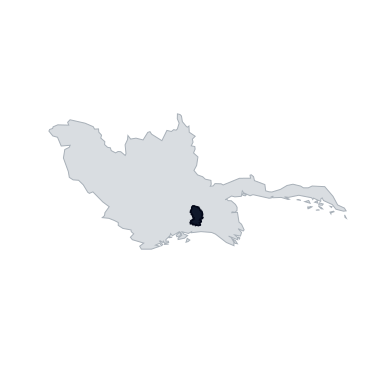 location of Pyay, Bago, Myanmar, rotated 288°
{"feature_id": "60261553B730883612766", "entity_name": "Pyay", "entity_type": "district", "adm_level": 2, "iso_a3": "MMR", "parent_name": "Myanmar", "parent_adm1": "Bago", "projection": "mercator", "projection_center": [95.274, 18.774], "detail": "fine", "context": "in_parent", "style": "filled", "palette": "ink", "viewbox_px": 384, "rotation_deg": 288, "n_neighbors": 0, "source": "geoboundaries", "source_scale": "gbopen_adm2", "svg_char_len": 7406}
<svg xmlns="http://www.w3.org/2000/svg" viewBox="0 0 384 384"><g transform="rotate(288 192 192)"><path d="M246.0,177.8L242.4,176.0L239.7,177.6L235.7,177.0L236.1,180.6L233.8,181.7L229.6,181.4L227.2,186.8L218.7,188.2L213.1,187.2L210.0,192.0L209.8,197.5L208.3,200.7L208.9,206.4L205.3,207.9L203.1,207.6L204.3,210.2L207.1,211.3L208.8,217.2L208.3,219.4L219.7,232.9L223.2,243.4L225.9,242.0L226.7,243.0L225.6,245.8L222.1,247.9L221.6,259.0L215.9,261.7L216.0,265.3L216.7,268.0L221.8,275.3L227.5,280.3L230.6,285.6L231.2,293.4L230.4,296.7L231.9,301.3L234.8,304.4L238.1,316.6L231.5,327.4L224.7,334.5L223.8,341.9L221.7,344.4L220.6,342.1L220.1,334.2L223.4,329.3L224.5,319.7L226.6,317.6L225.4,316.7L222.8,317.3L223.7,309.5L222.2,309.2L223.5,307.6L221.9,294.6L216.7,285.4L216.0,281.4L215.2,286.8L214.6,285.7L214.4,278.5L211.5,270.6L211.8,269.9L213.2,270.6L211.9,268.8L210.8,269.2L209.9,267.2L208.3,250.8L206.4,248.4L207.2,241.3L208.6,239.5L203.1,240.2L200.6,234.2L200.4,230.9L194.9,225.9L195.8,227.5L194.9,229.1L195.8,232.0L193.6,237.2L191.4,239.6L188.4,240.5L186.0,239.1L185.5,236.3L184.6,236.2L186.7,241.5L177.9,246.0L176.6,249.1L172.1,253.3L170.7,252.7L171.4,247.2L168.8,251.6L165.1,251.7L164.4,245.8L162.9,249.2L160.7,250.3L161.4,240.4L160.8,243.3L157.3,247.2L153.9,248.5L154.6,240.3L159.2,227.4L159.6,223.2L157.1,212.8L153.1,204.0L154.2,203.9L151.5,201.4L151.1,194.9L149.5,197.2L149.3,201.3L145.8,199.2L142.5,193.5L143.8,193.0L147.7,195.7L149.8,194.2L150.4,192.3L144.3,186.8L145.8,184.5L143.9,184.6L138.7,181.9L137.2,182.4L137.9,184.7L136.8,185.4L134.8,181.8L136.3,180.0L135.0,180.0L135.8,176.8L135.3,176.3L132.9,180.5L131.5,179.5L133.1,177.4L132.5,176.2L130.2,173.7L130.5,178.1L125.1,171.1L122.0,161.5L124.3,159.0L128.5,161.9L128.2,150.0L129.9,147.4L134.2,149.5L135.5,146.5L137.1,145.7L136.0,137.5L137.4,132.2L140.2,131.3L140.9,126.9L141.3,121.1L139.9,114.6L142.5,116.1L145.5,115.6L152.4,117.8L155.0,110.2L161.5,97.7L159.0,94.8L159.5,93.0L165.2,86.4L168.1,80.5L166.8,75.2L168.0,70.8L173.3,68.0L184.6,59.2L193.1,57.9L196.5,61.4L198.8,61.7L195.3,53.4L202.5,47.2L202.3,42.3L205.7,37.1L207.5,37.3L209.3,39.8L211.1,39.8L214.4,43.6L217.5,54.1L219.9,52.2L223.0,53.7L224.4,69.0L223.6,77.9L221.7,79.9L223.1,83.6L220.1,84.9L218.1,88.4L215.1,88.6L213.0,93.5L210.1,94.2L208.4,97.9L208.8,100.7L206.4,102.4L205.6,107.2L207.7,109.2L208.3,111.8L206.1,117.2L208.0,117.4L216.2,113.8L222.0,114.5L225.9,113.6L223.4,117.3L225.9,122.1L226.4,129.4L235.0,131.5L236.4,133.4L234.5,135.7L231.5,147.5L242.8,149.1L243.2,153.7L245.6,155.3L245.9,157.8L247.5,158.6L253.5,158.5L257.1,155.4L261.8,154.0L262.0,156.6L261.0,158.5L255.9,161.1L252.5,166.5L252.3,167.7L253.8,168.7L248.0,170.9L246.0,177.8ZM146.0,190.4L149.6,192.5L148.9,194.1L146.6,194.2L144.8,191.4L146.0,190.4ZM217.7,302.3L220.0,305.6L217.8,307.8L217.7,302.3ZM145.6,204.8L143.7,203.6L142.4,201.8L146.4,201.8L145.6,204.8ZM221.0,316.3L221.1,320.5L219.7,320.1L218.8,316.5L221.0,316.3ZM159.2,248.4L156.8,251.2L156.5,248.8L159.8,245.4L159.2,248.4ZM206.2,244.6L204.8,243.8L204.6,241.3L205.7,240.5L206.6,241.8L206.2,244.6ZM216.3,321.5L216.0,320.1L217.6,316.6L217.3,319.6L216.3,321.5ZM215.5,329.4L217.5,332.6L217.1,333.2L215.3,330.7L214.1,330.9L215.5,329.4ZM222.4,313.8L220.3,314.8L220.2,311.8L222.4,313.8ZM217.4,344.2L214.7,346.9L215.1,345.4L217.4,344.2ZM134.2,182.3L135.2,185.9L133.5,181.6L134.2,182.3ZM217.8,295.6L217.7,298.2L217.0,293.9L217.8,295.6ZM142.5,184.8L142.8,187.1L141.2,183.9L142.5,184.8ZM215.0,310.7L213.5,309.4L214.0,308.5L214.8,308.7L215.0,310.7ZM213.9,306.9L212.9,308.7L211.9,307.6L212.7,306.9L213.9,306.9ZM214.1,317.4L214.2,318.9L213.0,315.4L214.1,317.4ZM163.0,251.7L161.9,251.6L163.3,249.8L163.5,250.5L163.0,251.7ZM221.3,329.7L220.3,329.4L221.1,327.7L221.3,329.7Z" fill="#d9dde1" stroke="#a8b0b8" stroke-width="1"/><path d="M170.1,210.2L170.4,210.2L171.0,210.1L171.3,210.2L171.4,209.9L171.4,209.5L171.3,209.3L171.3,209.0L171.5,209.1L172.0,208.9L172.5,208.8L173.1,209.1L173.3,209.2L173.5,209.2L173.8,209.0L173.8,208.9L174.0,208.9L174.0,208.7L174.4,208.8L174.5,208.6L174.8,208.5L174.8,208.4L175.0,208.3L175.1,208.2L175.5,208.2L175.8,208.0L175.9,207.9L176.1,207.8L176.3,207.7L176.5,207.5L176.5,207.4L176.7,207.0L176.6,206.8L176.5,206.6L176.6,206.4L176.8,206.5L176.8,206.4L177.0,206.3L177.1,206.1L177.3,206.0L177.1,205.8L177.1,205.7L177.3,205.5L177.2,205.3L177.5,205.2L177.6,204.9L177.9,204.8L177.9,204.7L178.0,204.6L178.3,204.4L178.7,204.2L178.9,204.0L178.9,203.9L178.9,203.6L178.8,203.3L178.8,203.2L179.0,203.2L179.3,203.1L179.1,202.8L179.1,202.6L179.3,202.5L179.2,202.4L179.1,202.2L179.4,202.1L179.3,201.8L179.6,201.8L179.6,201.7L179.4,201.6L179.3,201.4L179.4,201.2L179.4,200.9L179.3,200.2L179.5,200.1L179.5,199.9L179.5,199.7L179.4,199.6L179.2,199.5L179.1,199.3L179.1,199.1L179.2,198.7L179.4,198.7L179.5,198.8L179.4,198.6L179.5,198.5L179.4,198.4L179.2,198.2L179.3,197.4L179.2,197.3L179.0,197.0L178.6,197.1L178.5,196.9L178.4,196.8L178.3,196.7L178.2,196.8L177.8,196.7L177.7,196.6L177.4,196.5L177.2,196.5L176.8,196.6L176.7,196.7L176.6,196.8L176.2,196.8L175.8,197.1L175.6,197.1L175.4,196.9L175.2,196.8L175.0,196.7L174.9,196.8L174.6,196.9L174.6,196.7L174.3,196.7L174.0,196.6L173.7,196.5L173.4,196.9L173.2,196.8L173.2,196.6L172.9,196.6L172.7,196.6L172.6,196.9L172.4,196.9L172.5,197.1L172.4,197.1L172.2,197.3L172.0,197.6L171.9,197.9L171.6,198.2L171.4,198.0L171.2,198.0L170.8,198.1L170.7,198.2L170.5,198.3L170.3,198.5L170.2,198.7L170.2,198.8L170.3,199.0L170.5,199.2L170.5,199.3L170.4,199.5L170.5,199.6L170.4,199.7L170.2,199.7L169.7,199.9L169.4,200.2L169.0,200.2L168.8,200.2L168.7,200.3L168.5,200.5L168.4,200.6L168.5,200.6L168.4,200.7L168.4,200.8L168.4,201.1L168.4,201.4L168.6,201.5L168.4,201.5L168.2,201.7L168.2,201.8L167.9,201.7L167.8,201.9L167.6,201.9L167.4,201.8L167.2,202.0L166.9,202.4L166.7,202.0L166.4,201.8L166.3,201.3L166.1,201.1L165.9,201.0L165.9,200.9L165.5,200.8L165.4,200.6L165.2,200.6L164.9,200.7L164.9,200.8L164.8,200.7L164.7,200.6L164.4,200.5L164.4,200.3L164.2,200.3L164.2,200.2L164.1,200.3L164.0,200.2L163.9,200.2L163.7,200.0L163.4,199.9L163.4,200.0L163.2,200.0L162.9,200.1L162.7,200.1L162.4,200.1L162.3,199.9L162.2,200.0L161.9,200.1L161.8,200.3L161.7,200.2L161.3,200.3L161.3,200.6L161.4,200.9L161.4,201.0L161.6,201.1L161.9,201.2L162.0,201.3L162.2,201.6L162.3,201.7L162.2,201.8L162.3,201.8L162.3,202.1L162.1,202.4L162.0,202.5L161.9,202.5L161.7,202.5L161.4,202.6L161.1,202.9L161.2,203.1L161.3,203.2L161.3,203.4L161.5,203.4L161.4,203.5L161.6,203.9L161.7,204.1L161.8,204.3L161.9,204.7L162.1,204.8L162.0,205.1L162.1,205.3L161.9,205.3L161.7,205.4L161.4,205.3L161.2,205.5L161.3,205.6L161.2,205.7L161.2,205.8L161.3,205.9L161.5,206.0L161.6,206.3L161.8,206.7L162.0,206.7L162.1,206.8L162.4,206.8L162.3,207.0L162.1,207.2L162.2,207.5L162.1,207.9L161.9,208.0L161.9,208.4L162.2,208.6L162.3,208.7L162.3,208.8L162.5,209.1L162.7,209.8L162.9,210.0L163.0,210.1L163.3,210.2L163.5,210.0L163.6,209.7L163.8,209.7L163.9,209.4L164.2,209.3L164.3,209.3L164.5,209.2L164.8,209.1L164.9,208.7L165.0,208.6L165.1,208.8L165.3,209.0L165.5,209.1L165.5,209.3L165.9,209.3L166.0,209.4L166.0,209.6L166.1,209.8L166.3,209.8L166.5,209.9L166.6,210.0L166.8,209.9L167.0,209.9L167.3,209.8L167.4,209.7L167.6,209.5L167.5,209.4L167.5,209.0L167.8,208.9L167.7,208.6L167.7,208.3L167.6,208.1L167.7,207.8L167.7,207.7L167.8,207.7L168.2,207.9L168.3,208.0L168.5,208.0L168.9,208.1L169.0,208.3L169.0,208.6L169.0,209.0L169.4,209.5L169.7,209.7L170.0,209.8L170.1,210.2Z" fill="#0f172a" stroke="#020617" stroke-width="1.5"/></g></svg>